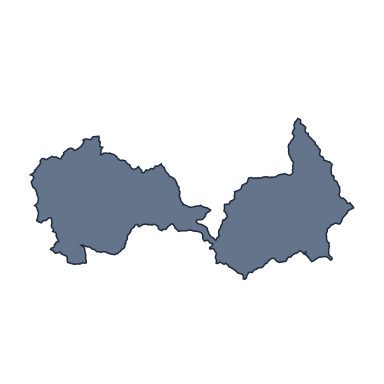 the district of Chota, Cajamarca, Peru, rotated 5°
{"feature_id": "86281439B88377451939403", "entity_name": "Chota", "entity_type": "district", "adm_level": 2, "iso_a3": "PER", "parent_name": "Peru", "parent_adm1": "Cajamarca", "projection": "orthographic", "projection_center": [-78.849, -6.383], "detail": "fine", "context": "isolated", "style": "filled", "palette": "slate", "viewbox_px": 384, "rotation_deg": 5, "n_neighbors": 0, "source": "geoboundaries", "source_scale": "gbopen_adm2", "svg_char_len": 6053}
<svg xmlns="http://www.w3.org/2000/svg" viewBox="0 0 384 384"><g transform="rotate(5 192 192)"><path d="M354.4,193.7L353.0,191.7L351.8,190.9L350.7,189.2L350.1,189.0L348.5,189.9L347.4,189.6L346.8,187.9L345.7,186.8L343.1,184.9L341.2,185.1L339.1,183.2L338.7,181.1L339.3,179.2L338.6,174.2L337.3,172.8L335.2,168.7L333.3,168.1L332.4,167.3L332.1,164.2L331.5,163.5L330.4,163.7L329.3,161.7L328.5,156.3L329.1,152.2L326.3,149.9L325.1,150.0L322.5,149.0L320.9,149.2L319.8,146.2L318.6,145.2L317.3,145.4L316.6,144.8L315.6,142.7L316.1,141.3L316.0,138.7L313.9,137.2L313.5,136.0L312.2,134.7L310.7,134.1L310.4,131.9L303.1,125.8L302.5,123.3L301.5,123.4L300.0,122.7L299.1,120.9L299.7,118.2L299.2,117.2L296.0,115.0L293.9,114.4L294.2,112.5L293.8,110.7L292.8,110.0L292.0,110.1L290.9,109.6L290.0,111.7L288.3,113.4L288.5,114.3L287.7,116.1L288.6,119.7L287.5,121.8L286.8,124.6L287.6,125.9L288.8,126.6L288.6,128.3L287.9,130.6L286.8,131.5L285.1,135.4L284.2,136.1L284.0,139.0L284.9,141.7L284.6,142.8L285.0,145.3L287.0,149.1L287.9,150.0L288.2,151.3L290.7,154.0L290.0,157.1L290.6,159.8L290.2,161.8L290.7,163.4L290.4,164.6L289.3,166.1L287.8,166.7L286.0,166.8L285.2,166.2L282.1,165.7L281.1,166.5L279.9,166.4L276.0,167.9L274.0,169.8L271.2,170.1L270.3,170.8L269.4,170.2L267.6,170.9L265.7,170.1L264.6,170.6L262.7,170.6L258.0,172.4L256.6,171.9L255.2,172.7L253.9,172.4L252.7,173.1L250.7,172.5L248.7,172.6L247.2,173.2L246.0,178.0L241.3,180.9L240.6,184.4L238.6,186.2L234.4,188.0L234.8,189.4L234.4,192.5L235.2,194.1L234.6,195.4L233.2,196.8L230.9,197.9L230.0,200.7L227.9,201.0L227.1,201.5L225.9,201.3L225.3,202.2L225.9,205.3L225.5,208.2L227.2,209.4L229.4,213.3L227.8,215.5L227.4,216.7L225.7,217.0L225.1,217.6L224.7,221.6L223.8,222.9L223.2,226.2L222.1,227.7L222.1,230.5L222.8,233.7L220.8,235.6L219.9,238.2L216.9,235.6L214.4,234.8L213.7,233.3L212.6,232.5L211.9,230.3L211.0,229.4L210.5,227.1L209.4,225.8L204.5,223.5L201.1,223.2L198.7,221.3L199.6,219.3L204.1,218.7L205.5,217.7L207.3,215.3L207.8,212.6L208.3,211.7L211.0,209.9L211.8,209.0L211.9,208.0L210.5,207.7L209.0,206.6L204.5,205.9L201.5,204.5L200.6,205.3L197.6,205.6L192.9,207.4L189.8,207.0L185.4,205.3L184.0,205.5L184.1,204.4L181.9,202.2L180.5,198.3L179.6,197.7L179.9,196.9L179.6,196.0L180.1,195.3L179.7,194.2L180.0,192.9L178.7,191.2L178.7,188.5L176.6,186.4L176.5,185.3L174.6,181.9L172.9,180.1L167.6,177.7L166.5,175.9L163.7,173.6L162.2,170.2L159.3,167.9L159.0,166.6L155.8,169.2L153.0,169.5L152.0,171.8L151.1,172.6L149.8,172.0L148.3,172.7L147.3,173.9L145.7,174.2L144.4,173.9L142.9,176.7L141.0,177.1L140.2,176.4L140.0,175.1L138.1,173.4L136.5,171.3L134.4,173.5L132.2,174.6L129.1,173.3L127.6,170.3L125.0,169.4L122.8,166.6L121.3,166.7L120.2,166.2L118.9,166.8L116.8,166.4L116.6,165.8L115.1,165.4L114.1,163.5L111.0,161.5L107.8,160.9L106.8,160.3L105.7,160.8L100.9,160.8L99.6,162.1L97.7,162.9L98.0,160.1L97.6,158.3L99.1,155.2L97.4,155.2L96.1,154.4L96.2,150.0L94.6,149.1L94.9,146.4L94.4,144.6L88.6,145.6L87.2,147.4L87.2,148.1L86.3,148.7L81.4,148.4L78.9,149.5L78.9,150.0L79.8,150.5L79.7,152.4L77.4,156.4L74.0,159.4L71.4,160.8L70.9,160.8L69.8,159.4L67.7,158.8L65.2,159.7L60.8,163.9L60.9,165.7L59.0,168.4L58.7,170.2L56.9,170.4L53.6,168.9L51.1,169.3L49.5,168.6L44.1,172.4L43.2,172.4L41.2,171.5L39.4,172.0L38.0,174.3L38.4,175.4L38.4,177.1L34.5,183.0L33.2,184.3L33.9,185.6L29.6,189.0L31.1,189.2L32.8,190.3L32.8,192.9L31.0,195.9L31.1,196.5L33.0,200.9L35.7,202.7L37.7,207.0L37.8,208.5L39.4,211.1L39.5,215.4L38.6,217.2L36.4,219.2L37.4,219.6L38.9,221.3L39.9,224.2L41.0,225.9L40.4,231.8L39.7,233.7L40.6,234.7L44.5,235.9L46.2,233.6L49.0,233.1L51.4,230.7L52.7,230.1L54.1,230.2L55.1,234.3L54.8,238.0L55.5,239.7L56.7,240.5L57.3,242.1L56.6,243.5L58.5,243.8L60.1,244.8L60.9,246.7L60.4,247.5L63.4,252.8L61.1,253.8L60.2,255.7L59.5,256.3L59.8,257.3L59.4,258.6L58.7,259.6L56.8,260.1L56.1,261.7L58.3,262.4L61.3,265.0L66.3,263.4L67.2,265.1L72.6,266.8L73.8,269.7L73.5,270.9L74.3,273.0L81.0,274.3L84.9,273.5L86.5,273.6L89.2,272.0L90.9,272.3L92.8,271.9L92.8,270.5L91.8,267.6L91.6,263.4L90.4,260.3L89.9,257.4L88.8,256.1L86.2,254.7L87.6,254.5L92.7,255.8L94.9,255.6L97.3,257.5L100.0,257.9L102.5,259.9L104.8,259.6L106.8,260.1L108.5,259.2L109.8,259.0L114.5,260.5L119.3,261.2L120.9,261.0L121.8,260.2L123.4,259.9L124.1,258.6L126.3,256.9L126.6,256.0L127.6,254.8L128.5,254.7L129.8,252.5L129.8,249.7L130.5,249.4L130.4,246.9L131.7,244.5L131.3,242.8L131.7,240.5L132.4,240.2L134.4,236.7L134.6,235.0L135.3,233.7L137.5,231.9L137.6,230.7L138.7,229.8L140.7,229.0L141.6,231.0L142.6,231.2L145.9,228.7L148.7,228.0L151.7,228.5L153.1,228.0L155.1,228.5L156.3,227.6L158.3,227.6L161.6,229.6L161.5,231.0L162.5,232.2L165.5,233.2L166.4,231.7L169.3,231.6L170.9,228.8L173.8,226.1L175.4,225.3L177.6,227.9L178.5,229.7L180.3,230.6L180.8,231.6L181.6,232.1L182.9,232.3L184.6,231.6L190.2,231.1L191.8,230.2L195.1,230.2L196.4,230.7L201.9,230.9L204.7,231.7L205.9,232.9L206.7,235.0L206.8,237.4L208.1,239.4L209.2,239.8L210.5,238.8L212.4,239.0L214.6,241.4L217.2,241.8L216.4,244.2L214.4,245.9L214.5,246.9L214.8,247.3L218.2,246.5L221.7,251.0L220.9,255.2L222.3,257.8L222.3,260.9L223.7,261.0L226.2,259.4L230.1,261.2L232.3,260.1L233.3,261.4L234.4,261.6L235.5,263.5L236.9,263.6L242.1,266.5L244.5,268.6L249.7,269.7L250.6,271.6L250.6,274.1L252.1,274.4L253.7,273.0L253.9,270.5L255.7,267.2L256.5,266.8L259.2,266.9L260.8,264.1L263.2,263.3L264.2,261.9L268.1,261.2L269.5,259.9L271.5,256.7L272.7,256.6L273.6,254.8L276.7,251.5L279.4,250.8L282.2,253.5L285.1,254.6L291.6,252.8L293.6,248.6L294.6,248.1L295.9,248.3L297.8,245.8L300.7,243.9L301.6,243.8L304.7,241.1L307.2,242.3L309.2,244.3L310.0,243.4L310.0,242.1L310.6,241.0L310.5,243.7L311.0,244.8L312.1,245.3L312.7,246.4L313.5,246.7L317.2,250.9L318.8,250.2L323.6,246.2L330.9,244.5L333.6,245.7L335.7,247.7L336.9,247.5L337.5,246.3L336.9,245.1L334.4,243.2L333.5,241.4L333.1,236.8L333.6,234.1L332.9,232.6L333.1,231.2L332.6,230.4L331.4,230.0L330.4,228.2L329.4,221.5L330.1,219.8L330.3,216.7L332.2,215.1L332.9,213.3L334.9,212.4L336.5,211.1L338.1,210.5L341.0,211.2L342.4,210.6L343.7,207.6L344.1,205.0L348.4,199.4L349.1,197.0L354.4,193.7Z" fill="#64748b" stroke="#1e293b" stroke-width="1.5"/></g></svg>